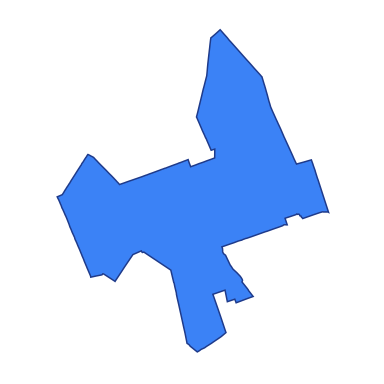 Liebling, Timis, Romania, rotated 266°
{"feature_id": "2599482B87528354866966", "entity_name": "Liebling", "entity_type": "district", "adm_level": 2, "iso_a3": "ROU", "parent_name": "Romania", "parent_adm1": "Timis", "projection": "mercator", "projection_center": [21.34, 45.584], "detail": "fine", "context": "isolated", "style": "filled", "palette": "blue", "viewbox_px": 384, "rotation_deg": 266, "n_neighbors": 0, "source": "geoboundaries", "source_scale": "gbopen_adm2", "svg_char_len": 5876}
<svg xmlns="http://www.w3.org/2000/svg" viewBox="0 0 384 384"><g transform="rotate(266 192 192)"><path d="M192.0,319.4L194.9,318.7L196.9,318.1L203.6,316.5L204.8,316.3L209.4,315.0L210.7,314.7L212.6,314.2L214.3,313.7L215.7,313.3L215.3,311.3L214.8,309.0L214.1,305.8L212.6,298.2L214.3,297.5L217.9,296.1L219.3,295.6L221.3,294.9L228.3,292.3L239.7,288.0L241.4,287.3L241.7,287.3L243.3,286.7L246.5,285.6L249.0,284.7L252.4,283.4L254.4,282.6L255.6,282.2L258.4,281.1L261.4,280.0L266.5,278.1L270.8,276.6L271.3,276.4L275.1,275.6L277.1,275.1L279.7,274.6L283.5,273.9L287.2,273.1L289.7,272.6L292.9,271.9L294.9,271.4L295.8,271.2L298.5,270.6L302.1,269.8L302.3,269.5L303.6,268.6L307.4,265.6L310.7,263.0L315.7,259.2L319.9,255.9L323.9,252.8L328.2,249.5L334.2,244.9L338.2,241.8L340.7,239.8L341.4,239.3L343.2,238.1L344.4,237.2L347.6,234.7L351.9,231.4L347.5,225.8L344.7,222.0L344.5,221.6L342.4,221.1L338.2,220.3L334.8,219.7L330.5,218.9L327.3,218.3L319.1,216.8L314.9,216.1L311.6,215.6L309.2,215.2L306.9,214.8L302.4,213.3L296.6,211.4L293.8,210.4L291.9,209.8L287.3,208.4L280.1,206.1L270.9,203.2L266.5,201.7L265.3,202.2L264.4,202.5L259.6,204.2L257.8,204.8L255.8,205.5L255.3,205.7L255.0,205.8L252.9,206.5L252.3,206.7L251.3,207.1L250.2,207.5L247.9,208.4L245.8,209.1L245.4,209.3L245.0,209.4L245.0,209.5L244.7,209.7L243.5,210.1L242.3,210.5L240.6,211.1L236.9,212.4L235.2,213.0L232.3,214.0L233.2,217.7L231.7,217.6L228.2,217.3L224.4,217.0L223.9,215.3L223.4,213.7L222.1,209.0L220.9,205.1L219.8,200.9L218.6,197.1L217.4,192.8L217.3,192.4L218.5,192.1L220.4,191.5L221.8,191.1L224.6,190.4L223.9,188.2L223.3,186.1L223.0,185.2L222.4,183.2L222.2,182.6L221.7,180.6L221.4,179.9L220.9,178.2L220.3,176.0L219.9,174.7L219.6,173.6L219.3,172.7L219.1,172.0L218.5,170.0L217.6,167.1L217.6,166.7L216.8,164.0L216.5,162.8L216.0,161.3L215.3,158.8L214.8,157.2L214.5,156.1L213.9,154.1L213.0,150.8L212.4,148.9L212.2,148.3L211.9,147.0L211.6,146.0L211.1,144.3L210.8,143.4L210.2,141.1L208.9,136.3L208.1,133.3L207.9,132.6L207.8,132.3L207.5,131.0L207.1,129.6L206.7,128.1L206.4,127.0L206.0,125.7L205.2,122.7L204.6,120.5L204.5,120.3L205.9,119.2L206.6,118.7L207.0,118.3L207.9,117.6L209.2,116.6L209.9,116.0L210.5,115.5L210.9,115.2L211.4,114.8L212.1,114.2L212.7,113.7L213.2,113.3L214.7,112.0L215.8,111.0L218.3,108.9L219.2,108.2L221.5,106.2L222.2,105.6L223.7,104.3L224.6,103.5L225.3,102.9L228.1,100.5L228.9,99.9L230.0,99.0L230.8,98.3L231.3,97.9L232.0,97.3L232.5,96.9L233.1,96.5L233.4,96.2L233.5,96.1L233.6,95.9L234.5,94.5L234.8,93.9L235.1,93.5L235.6,92.7L236.1,91.9L236.4,91.4L236.6,91.0L236.7,90.8L236.7,90.7L236.4,90.5L235.9,90.1L235.4,89.7L235.0,89.5L234.6,89.2L234.2,88.9L233.8,88.5L232.6,87.6L232.1,87.2L231.9,87.1L231.3,86.6L230.9,86.4L230.5,86.1L230.1,85.8L229.5,85.4L229.0,84.9L228.3,84.3L227.7,83.9L227.3,83.7L226.9,83.5L226.6,83.3L226.4,83.2L226.2,83.0L225.9,82.7L225.4,82.3L224.4,81.6L223.0,80.5L222.3,80.0L221.5,79.4L219.6,78.0L218.4,77.1L217.8,76.7L214.6,74.3L213.6,73.6L213.0,73.1L212.2,72.5L211.5,72.0L210.7,71.5L210.5,71.3L210.2,71.1L209.6,70.8L209.5,70.7L209.2,70.4L208.6,69.9L208.3,69.7L207.6,69.2L206.4,68.3L206.0,68.0L205.9,67.9L205.6,67.6L205.3,67.4L204.3,66.7L203.7,66.3L203.0,65.7L202.1,65.1L201.6,64.7L200.2,63.8L199.6,63.3L198.9,62.8L198.4,62.4L197.9,61.0L197.6,60.2L196.7,57.5L196.6,57.2L195.8,57.5L195.0,57.8L194.1,58.2L193.7,58.4L193.4,58.5L193.1,58.6L192.6,58.8L192.0,59.0L190.6,59.5L189.9,59.7L189.3,59.9L188.0,60.4L187.1,60.7L186.4,60.8L186.2,60.9L185.5,61.1L184.8,61.3L184.7,61.4L184.2,61.6L183.9,61.8L182.4,62.3L182.0,62.5L181.6,62.6L181.1,62.8L180.8,62.9L180.3,63.1L179.9,63.2L179.4,63.4L178.8,63.6L178.1,63.8L177.8,64.0L177.4,64.1L177.1,64.3L176.9,64.3L176.7,64.4L176.5,64.5L176.2,64.6L175.8,64.7L175.1,65.0L174.7,65.1L173.5,65.5L170.3,66.5L168.4,67.1L166.4,67.6L165.3,67.9L164.9,68.1L163.4,68.6L163.1,68.8L162.3,69.0L161.0,69.4L160.5,69.6L159.9,69.7L159.6,69.9L158.9,70.1L158.5,70.3L158.2,70.4L157.4,70.7L156.7,71.0L156.0,71.2L155.2,71.6L154.6,71.7L154.0,71.8L153.2,72.0L152.6,72.2L152.0,72.4L151.5,72.6L150.9,72.9L150.5,73.0L149.2,73.5L147.0,74.2L144.4,75.1L143.1,75.6L140.4,76.5L139.4,76.8L137.4,77.5L135.7,78.0L133.5,78.8L132.3,79.2L130.2,79.8L128.8,80.3L126.7,81.0L125.3,81.5L123.4,82.1L122.0,82.6L115.7,84.8L114.3,85.1L114.1,85.1L114.9,90.6L115.5,95.4L115.6,96.1L115.7,96.5L115.9,96.7L116.6,97.3L116.5,97.9L115.9,98.8L108.3,108.9L108.2,109.0L117.2,115.9L121.7,119.3L129.0,125.0L133.7,128.7L136.8,137.3L135.2,138.1L135.1,138.4L135.4,139.8L128.8,148.3L115.6,165.4L102.9,167.5L102.4,167.8L98.5,168.3L92.0,169.4L91.4,169.3L87.6,169.8L80.0,171.0L70.5,172.4L57.5,174.3L51.7,175.2L41.3,176.5L40.7,177.4L40.2,178.0L39.5,178.7L38.7,179.2L38.3,179.4L36.3,181.6L34.5,183.5L32.1,186.1L32.5,187.0L33.2,188.4L34.3,190.0L35.1,192.1L35.7,193.7L36.9,195.6L39.9,201.2L40.6,202.3L45.8,211.2L49.4,216.1L51.9,215.4L60.5,213.2L65.9,211.8L75.6,209.2L88.5,205.7L91.8,218.1L80.1,219.6L81.7,225.8L82.1,227.2L78.4,228.3L81.1,237.3L82.0,240.3L83.5,245.7L89.5,241.7L89.8,241.5L90.4,241.3L92.0,240.3L98.8,235.6L100.1,236.2L100.6,236.2L101.8,235.8L102.6,235.4L104.5,234.3L108.4,231.1L111.8,227.9L112.5,227.3L114.8,226.1L116.5,225.0L123.1,222.4L126.5,221.1L127.2,220.4L127.8,219.6L128.7,219.0L130.0,218.4L131.6,218.5L132.7,218.5L133.4,218.5L134.2,218.3L135.2,218.0L137.4,226.1L138.4,230.0L139.9,234.9L140.5,237.9L140.5,238.3L140.9,239.0L141.3,240.3L141.6,241.4L141.9,242.3L142.0,243.3L143.2,247.9L146.5,259.7L147.3,262.6L147.6,264.1L149.6,271.2L151.1,276.8L152.1,280.2L152.8,281.1L152.9,282.3L152.6,284.3L152.6,284.7L159.3,283.0L159.9,285.2L160.6,288.1L161.8,292.7L162.2,294.2L162.8,295.1L162.5,295.4L162.3,295.8L162.5,296.7L162.2,297.5L161.6,297.7L161.2,297.8L160.9,297.9L160.6,298.2L160.4,299.0L160.0,299.2L159.5,299.3L159.0,299.6L158.6,300.1L158.2,300.4L157.8,300.6L160.8,311.5L162.4,317.6L163.1,320.7L163.0,321.4L162.9,321.7L162.8,323.1L162.6,326.1L162.2,326.8L192.0,319.4Z" fill="#3b82f6" stroke="#1e3a8a" stroke-width="1.5"/></g></svg>